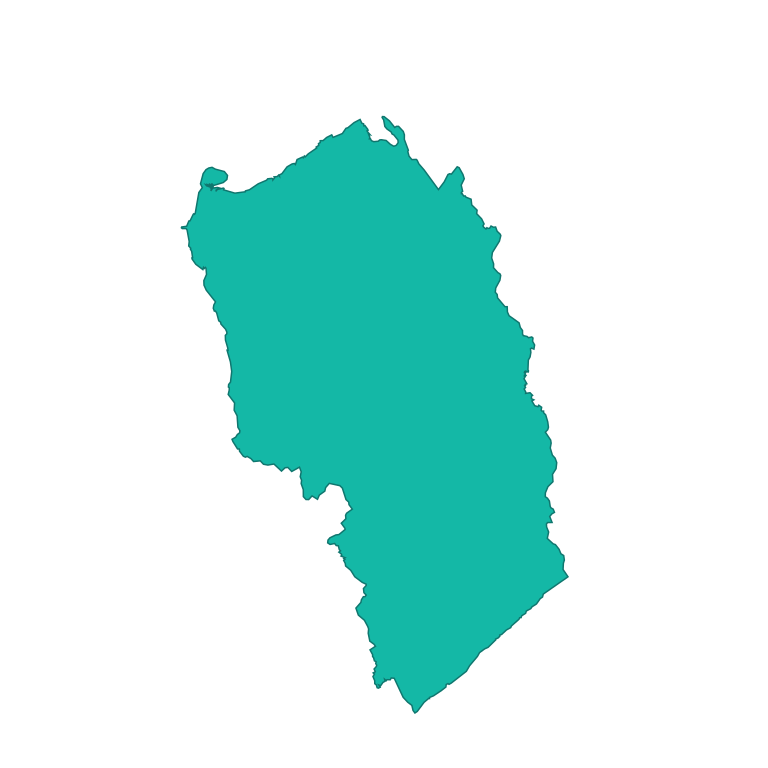 Pamekasan, Jawa Timur, Indonesia, rotated 142°
{"feature_id": "22746128B37926964335633", "entity_name": "Pamekasan", "entity_type": "district", "adm_level": 2, "iso_a3": "IDN", "parent_name": "Indonesia", "parent_adm1": "Jawa Timur", "projection": "natural_earth1", "projection_center": [113.504, -7.071], "detail": "fine", "context": "isolated", "style": "filled", "palette": "teal", "viewbox_px": 768, "rotation_deg": 142, "n_neighbors": 0, "source": "geoboundaries", "source_scale": "gbopen_adm2", "svg_char_len": 6171}
<svg xmlns="http://www.w3.org/2000/svg" viewBox="0 0 768 768"><g transform="rotate(142 384 384)"><path d="M562.2,105.7L559.4,105.5L548.4,108.5L542.7,108.7L541.8,108.1L541.2,109.0L537.0,107.8L527.0,107.1L521.8,107.1L520.0,108.9L518.0,108.5L517.7,107.3L515.1,106.9L496.0,106.9L490.0,109.3L478.1,111.8L474.1,113.5L467.7,113.3L464.1,112.4L453.5,113.6L453.1,114.3L450.2,113.6L447.9,114.0L447.4,114.9L445.5,114.2L438.9,114.8L434.1,114.0L432.6,114.9L422.5,115.5L421.0,116.3L419.8,115.5L418.2,116.6L413.6,116.1L411.6,117.5L406.7,116.6L404.5,117.3L399.3,116.8L393.0,118.7L390.3,118.5L387.8,120.4L357.7,118.8L357.1,127.6L353.0,132.3L350.3,134.2L348.0,138.2L349.1,141.3L347.8,146.0L347.8,151.9L349.1,153.9L350.4,161.8L345.4,166.0L343.9,171.2L342.2,173.7L340.4,174.1L336.8,171.4L335.0,177.6L331.6,178.3L328.7,177.9L327.7,181.2L328.7,183.7L328.4,185.2L325.7,190.0L325.5,193.4L326.3,195.9L323.8,198.9L318.0,202.2L311.0,203.0L306.8,209.1L300.6,211.3L296.3,215.7L294.8,220.2L295.1,224.3L292.4,231.2L288.7,234.5L287.2,237.2L286.5,246.7L283.1,247.2L281.0,248.7L278.3,253.3L275.6,260.1L275.9,263.2L274.9,264.4L276.3,265.5L276.3,266.6L274.1,268.6L275.1,272.0L276.6,271.3L278.6,274.1L277.9,279.6L275.7,279.3L276.9,281.7L275.1,283.7L273.9,283.6L274.3,287.2L278.2,289.4L277.3,290.2L276.6,293.8L274.6,294.1L274.3,296.0L273.3,295.8L273.0,296.7L271.3,296.2L270.4,302.0L267.6,303.1L268.5,303.8L268.1,304.3L266.8,303.6L266.8,305.2L265.0,305.8L266.2,306.7L265.5,307.2L264.4,307.0L263.1,304.7L262.1,305.3L261.8,306.6L255.5,314.0L252.2,315.4L248.8,318.5L246.9,321.6L245.7,321.5L244.4,319.2L241.3,322.0L240.6,326.2L238.3,328.5L238.6,330.1L241.6,331.5L242.0,333.4L244.4,336.3L244.1,338.0L241.9,340.9L241.8,344.6L239.9,349.0L243.4,360.8L242.4,364.8L239.3,369.1L241.1,370.5L241.5,381.9L239.7,384.9L239.8,387.8L236.8,390.9L228.8,394.4L225.2,397.7L224.8,399.4L225.7,401.7L226.1,408.2L223.7,411.1L221.6,417.0L217.6,420.9L205.1,425.5L200.6,429.0L200.2,430.5L200.8,434.7L199.4,439.0L201.2,440.1L202.4,442.6L204.9,441.7L206.3,442.6L206.7,443.8L208.2,443.4L208.9,446.0L208.7,447.7L206.6,448.5L205.4,454.0L206.1,461.2L203.6,463.7L204.6,471.1L201.6,476.0L204.4,480.8L204.2,482.2L205.5,483.1L205.2,485.8L205.8,486.3L205.1,487.3L203.4,487.4L200.7,493.2L194.4,496.3L192.8,500.5L191.6,508.2L192.6,510.1L201.6,507.9L202.9,509.3L204.6,509.7L212.1,506.2L221.4,503.7L220.6,527.9L221.0,536.0L220.1,540.0L220.3,541.1L223.9,543.7L224.0,548.1L222.1,552.6L220.9,553.2L217.4,564.2L214.5,567.8L213.3,571.2L213.9,578.1L215.6,579.4L217.6,579.5L217.7,588.0L219.3,594.6L220.6,595.7L221.4,595.2L221.7,592.3L224.8,586.4L224.7,583.2L223.2,578.3L223.7,576.0L222.9,574.2L222.8,567.7L224.2,565.5L227.4,564.5L229.9,565.3L231.4,568.9L232.4,574.6L235.8,578.2L237.2,579.0L239.0,578.8L242.9,581.3L244.1,583.5L243.7,585.5L244.6,586.2L243.3,587.1L242.3,590.4L241.5,589.2L241.7,593.4L241.3,594.1L240.3,593.8L240.0,594.9L239.9,599.4L240.9,599.8L239.9,601.6L240.9,603.1L240.0,607.2L246.6,608.4L254.7,608.2L256.6,608.9L262.6,607.0L272.3,609.7L271.8,612.5L277.5,613.6L282.1,613.3L284.5,615.0L285.6,613.5L287.6,613.8L288.6,612.2L291.6,612.5L291.8,611.4L301.8,612.0L306.3,611.5L306.4,612.7L308.4,612.0L308.5,613.0L314.3,614.4L318.7,611.5L318.9,613.0L321.0,614.0L326.7,614.8L334.9,612.6L337.9,613.2L338.4,612.3L338.4,613.5L340.4,613.2L343.1,614.9L343.3,613.8L345.9,613.2L345.3,614.1L345.8,615.1L349.3,617.3L351.1,616.9L359.9,619.2L370.4,619.9L374.3,621.5L375.0,620.9L384.0,626.2L390.9,635.8L389.7,636.6L390.0,637.3L394.8,639.6L396.6,639.9L397.8,639.1L396.9,640.2L393.1,639.9L394.3,641.5L398.5,643.8L401.6,642.7L399.6,644.3L397.1,644.2L399.9,645.4L399.6,646.0L401.8,649.4L401.8,650.7L398.9,645.8L398.6,645.8L400.4,649.1L400.3,649.7L399.0,647.5L398.3,649.6L398.4,647.1L397.4,645.8L397.5,648.1L396.8,646.6L396.5,648.3L396.0,645.3L386.6,641.7L381.9,641.9L378.9,644.7L379.0,649.7L384.6,657.1L386.1,660.6L389.1,662.1L392.3,662.5L397.0,661.1L405.4,654.7L406.3,650.6L412.0,648.9L427.7,634.7L428.8,634.4L429.0,635.2L429.8,635.2L436.3,632.0L437.4,632.6L442.4,629.8L446.8,632.3L447.5,631.8L447.3,630.7L444.2,628.2L444.4,626.5L449.8,616.2L452.9,613.0L452.7,610.0L453.5,609.5L453.9,606.9L457.1,601.3L457.8,601.6L458.3,600.5L458.6,594.2L456.3,585.7L454.5,587.0L454.6,585.7L453.0,585.9L453.0,584.8L456.4,579.6L462.3,576.4L465.0,572.7L466.3,567.3L466.2,552.5L469.5,551.0L471.9,548.8L472.8,545.9L471.9,545.3L472.1,543.0L475.3,535.5L474.7,533.3L475.6,531.6L475.1,524.7L475.9,521.6L477.0,520.3L479.1,520.0L481.9,516.2L484.9,508.7L486.2,506.5L486.9,507.2L491.4,496.0L496.3,487.6L503.8,480.0L506.7,479.3L508.5,477.4L508.2,476.4L509.8,474.4L513.2,471.7L513.4,461.1L518.2,455.6L519.3,449.4L525.8,439.8L526.3,435.9L527.9,434.4L530.6,434.5L533.6,433.4L537.8,434.0L538.5,431.6L539.4,423.0L538.0,421.8L539.2,420.0L539.3,413.7L538.3,411.7L536.4,411.2L534.8,407.2L534.5,403.2L528.8,399.6L528.4,395.0L525.4,391.6L520.0,388.7L518.4,378.5L513.5,378.9L511.1,377.4L510.6,371.9L501.8,370.5L503.3,365.8L507.1,362.5L508.2,358.9L510.6,356.5L512.6,350.5L516.9,344.9L516.6,341.0L514.5,339.3L509.6,340.1L507.4,334.1L503.3,336.3L496.6,336.0L493.8,338.3L488.3,339.4L481.4,331.1L480.9,327.6L485.1,316.3L484.5,312.7L485.9,310.4L486.0,304.9L493.1,305.2L495.1,304.2L497.0,301.3L503.4,300.6L503.6,294.4L504.2,293.3L512.2,293.1L514.9,294.7L521.2,296.1L524.2,295.5L526.2,293.5L525.3,290.8L521.1,288.7L521.1,286.1L519.6,284.7L521.2,281.0L521.0,279.3L523.1,279.3L522.3,276.4L522.7,275.1L523.8,274.9L521.6,271.0L523.2,271.2L522.9,269.8L524.4,269.8L525.0,266.5L526.3,264.2L524.9,257.7L525.7,250.1L523.3,241.1L521.3,237.2L522.1,236.2L526.1,235.5L528.3,231.9L528.0,228.6L529.8,228.1L531.2,229.1L534.6,227.9L536.7,226.1L544.1,224.7L546.5,217.7L544.9,209.9L546.1,202.9L546.9,200.5L549.9,197.3L553.5,190.1L552.1,185.1L552.2,182.6L558.7,183.1L559.6,177.8L560.8,176.2L560.7,174.8L562.0,171.8L561.2,170.0L562.7,168.7L562.8,167.0L564.0,166.1L567.3,165.5L568.0,162.6L570.4,163.0L570.1,161.3L572.8,160.3L574.0,155.9L575.8,153.5L575.3,151.7L576.4,148.9L575.7,147.8L573.7,147.4L573.4,150.0L572.4,148.3L568.5,149.5L566.2,149.1L565.3,151.0L564.8,148.8L563.7,149.2L561.2,147.1L559.3,147.9L557.1,145.8L561.8,125.3L561.2,118.5L559.9,113.6L562.1,108.9L562.2,105.7Z" fill="#14b8a6" stroke="#0f766e" stroke-width="1.5"/></g></svg>